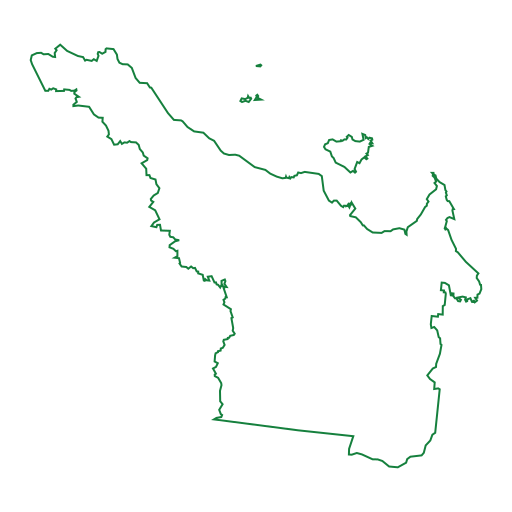 the district of Townsville, Queensland, Australia
{"feature_id": "25037944B93557893838922", "entity_name": "Townsville", "entity_type": "district", "adm_level": 2, "iso_a3": "AUS", "parent_name": "Australia", "parent_adm1": "Queensland", "projection": "orthographic", "projection_center": [146.799, -19.352], "detail": "fine", "context": "isolated", "style": "outline", "palette": "green", "viewbox_px": 512, "rotation_deg": 0, "n_neighbors": 0, "source": "geoboundaries", "source_scale": "gbopen_adm2", "svg_char_len": 5989}
<svg xmlns="http://www.w3.org/2000/svg" viewBox="0 0 512 512"><path d="M481.0,284.9L480.1,284.7L479.1,281.4L476.7,278.0L476.9,275.6L478.4,273.4L465.9,261.9L457.8,252.3L455.9,251.1L456.0,248.8L451.5,239.8L448.1,230.0L446.8,228.9L445.5,229.5L444.7,228.4L445.2,226.8L445.5,228.6L446.0,228.0L445.3,226.6L446.8,221.1L446.0,219.9L447.5,218.0L449.5,217.1L454.3,219.1L452.4,210.5L452.7,209.2L453.9,209.1L449.3,201.2L447.7,201.1L446.7,199.8L445.8,196.3L446.8,195.4L445.9,192.6L446.5,191.5L445.4,190.1L444.5,185.0L439.6,182.1L436.3,178.6L435.5,175.4L433.8,174.6L433.5,172.9L432.1,172.9L433.0,173.9L432.7,175.8L434.5,177.5L436.1,181.6L434.5,183.0L436.9,186.0L436.1,189.3L429.5,194.5L426.8,199.1L428.5,201.6L426.9,203.7L426.8,205.7L425.1,207.0L420.8,214.5L417.2,219.0L416.8,220.9L407.8,227.2L406.4,231.6L406.6,234.7L405.4,233.9L404.4,229.6L399.4,228.2L393.1,229.4L390.6,231.2L384.5,231.1L381.6,232.9L372.7,232.5L367.1,229.0L363.9,225.4L362.8,225.4L360.8,222.2L355.8,217.3L350.3,216.1L350.0,215.1L355.3,208.6L351.6,202.5L351.3,203.8L350.1,202.5L350.8,203.8L349.4,207.4L348.7,206.1L348.0,207.1L348.6,205.5L347.2,205.9L349.1,202.9L347.2,205.9L344.0,205.7L343.2,207.1L341.0,205.8L336.7,200.6L333.9,200.6L332.0,202.6L328.9,200.6L323.7,190.7L321.8,176.1L318.7,173.9L304.7,171.9L301.0,173.1L298.2,172.5L296.9,175.3L294.4,175.8L293.7,177.4L291.4,177.1L290.3,178.4L289.4,177.1L289.0,178.2L286.4,177.6L286.0,176.6L285.6,177.9L282.4,178.3L276.7,176.6L270.2,173.6L265.4,169.9L254.7,167.1L239.2,155.7L235.2,154.7L229.0,155.0L223.9,153.5L220.7,150.6L214.1,140.8L209.2,138.3L203.4,132.7L194.1,131.4L187.5,127.0L182.6,121.3L181.0,120.4L173.9,119.9L167.9,113.0L151.3,87.7L149.9,87.5L147.1,83.2L139.7,82.8L135.6,78.0L131.8,67.9L127.7,64.4L122.6,64.2L119.4,62.7L117.5,59.0L116.9,54.6L113.5,49.1L106.5,48.4L105.6,49.2L105.5,51.9L102.2,53.7L99.4,52.0L98.2,52.2L97.7,53.9L98.5,55.8L96.7,60.9L93.8,59.2L91.7,60.9L86.5,59.8L85.1,60.6L83.1,57.1L77.9,56.0L67.1,50.9L60.2,44.7L55.3,48.7L56.6,50.2L54.7,53.0L55.1,57.0L52.7,56.7L48.3,54.0L43.6,54.3L41.1,52.8L36.8,53.1L31.8,55.4L30.7,60.1L32.1,64.2L45.3,90.8L48.3,90.8L49.4,88.8L51.2,89.6L53.2,88.3L56.2,89.4L56.1,91.1L64.0,90.9L64.2,89.4L69.5,89.9L71.2,90.9L74.4,90.6L76.3,89.4L76.5,90.5L74.4,92.1L74.3,93.7L78.8,96.8L76.5,97.2L75.5,98.5L76.8,101.9L73.4,104.7L73.4,106.1L78.3,105.5L89.1,106.8L93.9,114.4L98.5,117.6L102.7,117.8L102.4,121.7L106.0,125.6L108.5,130.8L108.9,134.4L107.3,136.6L111.4,139.1L114.1,144.7L117.7,144.3L120.2,141.1L121.9,143.9L124.4,142.4L127.1,142.7L129.5,141.1L131.0,142.1L136.0,142.4L138.7,144.9L139.8,149.0L142.8,152.5L143.7,155.6L147.6,158.3L147.2,160.1L141.6,163.3L146.2,168.7L146.5,175.1L149.4,175.1L150.5,178.0L155.5,179.5L156.4,184.2L159.4,188.2L157.8,193.0L153.7,195.5L150.8,199.0L151.1,200.5L153.3,201.9L149.3,206.9L155.2,210.3L159.5,219.3L154.0,222.5L151.4,226.1L156.4,227.2L157.2,224.9L160.0,224.8L161.0,230.5L169.8,230.8L169.3,234.8L170.3,236.8L173.3,237.3L175.2,239.5L179.2,240.2L175.1,241.3L169.7,245.1L169.5,247.3L173.4,248.8L175.9,251.2L177.4,250.8L177.4,256.2L174.7,257.7L179.0,258.2L180.1,262.9L179.5,263.5L181.6,266.5L186.3,267.0L188.3,268.7L191.1,266.5L193.2,268.2L195.0,267.9L196.7,271.4L198.2,271.6L198.2,273.4L202.7,274.8L203.8,280.5L204.7,280.8L205.3,279.2L206.6,280.3L209.3,280.6L207.8,276.7L211.6,276.2L214.5,282.5L216.0,282.4L216.6,284.4L218.1,284.8L220.2,287.5L221.1,285.6L223.2,286.6L221.6,283.7L221.5,280.9L224.8,279.5L225.4,281.1L224.4,283.8L226.6,287.0L224.4,286.8L223.6,288.0L226.7,297.2L225.6,297.1L225.3,298.6L223.5,299.8L224.4,302.2L223.5,304.5L230.9,309.2L230.5,311.1L232.7,317.4L231.4,318.1L233.2,328.1L232.7,330.7L234.7,333.7L233.8,335.0L230.2,335.8L229.2,337.7L227.8,337.9L227.6,339.1L223.8,339.8L223.3,341.4L224.6,344.9L222.8,347.8L220.8,348.5L220.6,350.6L218.0,351.2L218.0,352.1L215.6,353.3L215.1,355.4L214.6,361.5L217.8,363.2L216.0,366.9L213.0,368.5L215.9,373.7L214.7,374.6L214.8,376.1L218.1,377.8L221.2,383.1L221.5,385.1L220.0,390.8L220.2,401.3L222.6,404.2L219.2,409.8L220.8,414.1L222.1,415.0L221.3,417.0L216.5,417.9L214.0,419.4L298.0,430.3L353.3,436.2L349.1,448.8L348.9,454.5L351.7,454.7L356.8,453.0L361.9,454.4L372.6,459.3L377.7,459.4L382.4,461.0L389.1,466.5L397.8,467.3L406.1,462.7L407.2,459.1L410.4,456.7L421.6,455.4L423.8,452.8L425.7,445.4L430.3,440.5L432.4,434.7L435.2,432.8L439.7,389.3L438.2,388.4L434.2,389.0L434.7,382.4L430.0,379.0L427.3,375.4L432.8,368.5L436.0,367.0L436.2,363.8L439.9,353.8L441.5,344.9L440.5,344.0L440.1,338.3L438.7,337.1L437.2,330.4L434.2,327.0L431.4,328.0L430.8,324.3L431.7,316.0L437.9,316.7L438.2,314.1L442.7,314.6L442.8,306.1L444.7,305.0L445.8,293.8L445.4,292.4L443.8,292.3L444.0,290.5L440.9,290.2L441.7,282.6L444.9,282.9L448.9,285.3L450.8,295.3L451.7,295.4L451.9,293.3L453.5,293.5L453.4,296.2L455.0,298.3L456.4,298.3L458.1,301.1L460.1,301.4L460.9,299.8L458.0,297.5L462.6,296.6L465.8,297.4L465.1,299.7L466.1,301.6L467.2,301.1L467.2,299.4L470.4,298.2L472.0,301.9L473.7,302.0L473.6,300.0L474.8,302.3L477.0,300.6L475.2,297.8L477.4,297.7L477.5,294.6L479.5,293.6L481.3,289.2L481.0,284.9ZM363.6,139.8L359.8,141.6L355.3,141.1L352.5,139.5L351.8,136.9L348.7,135.0L346.8,136.8L347.5,137.7L346.2,139.5L344.4,139.4L342.5,140.8L341.1,140.3L340.9,141.2L336.4,141.6L332.6,139.4L329.1,140.0L327.8,143.2L325.1,144.3L324.0,146.9L325.5,149.3L330.3,151.6L331.9,156.4L333.6,158.0L335.7,162.6L344.5,167.0L350.4,172.5L353.0,170.9L355.0,172.6L356.0,171.7L354.6,169.0L357.2,162.0L359.5,163.2L361.5,159.5L364.2,157.4L366.4,159.2L367.3,158.6L365.5,156.3L367.8,155.1L366.5,153.6L368.0,152.7L368.8,146.9L372.3,145.8L369.5,143.9L370.2,142.8L372.2,143.1L370.6,140.6L372.3,139.7L372.0,138.3L369.4,137.7L368.3,139.0L366.8,137.3L365.8,138.0L365.2,135.0L362.4,133.9L363.6,139.8ZM242.0,102.0L245.5,100.8L248.7,102.0L251.2,98.7L250.7,97.7L249.2,97.9L248.1,96.1L247.7,97.8L245.3,99.1L241.7,98.4L240.4,101.0L242.0,102.0ZM256.3,95.6L256.8,96.8L254.8,100.0L261.1,99.6L257.7,97.9L258.2,96.0L257.3,94.8L256.3,95.6ZM255.9,66.0L260.3,66.4L261.2,65.3L260.4,64.6L255.9,66.0Z" fill="none" stroke="#15803d" stroke-width="2"/></svg>